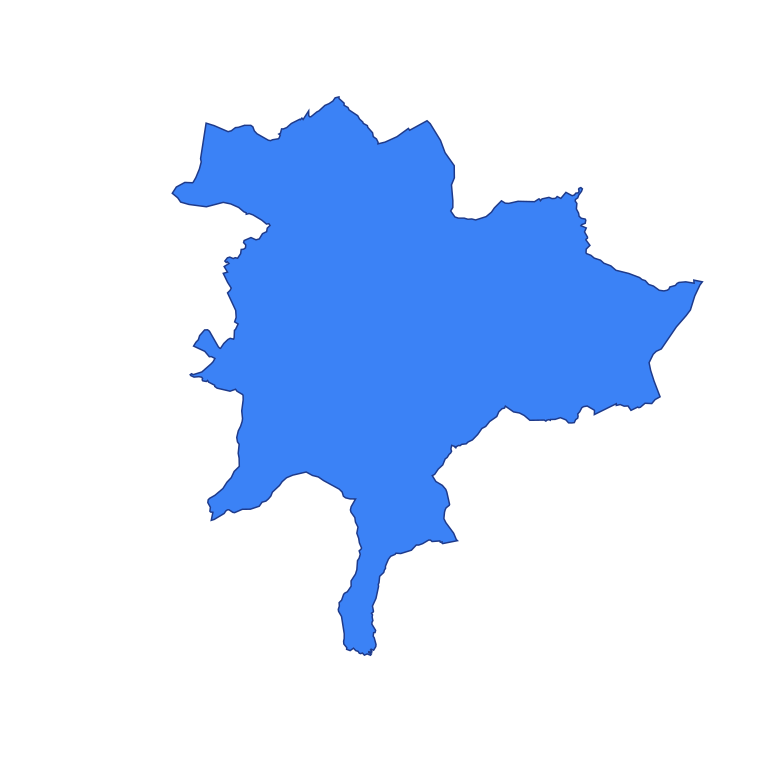 Calugareni, Prahova, Romania, rotated 200°
{"feature_id": "2599482B25191657373311", "entity_name": "Calugareni", "entity_type": "district", "adm_level": 2, "iso_a3": "ROU", "parent_name": "Romania", "parent_adm1": "Prahova", "projection": "albers", "projection_center": [26.374, 45.087], "detail": "fine", "context": "isolated", "style": "filled", "palette": "blue", "viewbox_px": 768, "rotation_deg": 200, "n_neighbors": 0, "source": "geoboundaries", "source_scale": "gbopen_adm2", "svg_char_len": 6159}
<svg xmlns="http://www.w3.org/2000/svg" viewBox="0 0 768 768"><g transform="rotate(200 384 384)"><path d="M119.8,588.9L128.4,587.6L127.1,584.8L135.4,583.2L141.6,580.3L143.0,578.8L143.9,576.3L148.6,572.9L148.7,570.7L149.9,569.0L152.8,567.2L157.4,566.2L164.3,568.2L169.4,568.1L173.8,570.5L177.3,570.4L180.1,571.4L191.7,571.6L205.0,570.2L211.2,572.6L218.7,572.7L222.9,574.4L229.5,574.2L233.6,575.7L238.2,575.8L239.0,576.3L240.1,579.9L237.9,584.7L243.5,588.4L243.7,589.0L242.7,590.6L243.0,591.6L247.6,595.5L247.3,599.8L253.1,600.1L252.7,601.4L249.9,603.8L250.4,606.9L251.4,607.8L255.2,607.2L258.0,608.3L259.6,611.1L263.1,614.3L264.5,619.6L266.9,621.3L267.2,622.9L265.6,625.2L265.6,628.1L264.3,632.6L264.3,635.2L266.2,635.9L267.6,634.6L267.8,633.7L266.6,631.8L266.9,630.0L269.0,629.0L269.8,626.7L271.6,625.3L278.6,626.3L281.3,618.9L285.4,619.4L286.2,617.4L287.2,616.7L289.5,615.7L292.8,615.8L298.8,612.0L299.7,609.7L301.1,611.0L301.9,610.8L304.9,606.8L320.6,601.5L328.5,596.4L331.9,595.4L336.3,596.3L340.5,587.2L341.8,582.2L345.3,576.2L354.0,569.5L358.0,569.1L361.5,567.5L365.3,567.3L370.8,565.3L374.5,565.2L380.5,569.4L379.7,573.4L382.0,579.8L388.7,594.2L388.4,601.8L392.7,613.2L405.8,622.3L414.2,632.2L429.6,644.4L433.6,646.1L446.7,631.2L448.5,632.5L456.4,620.8L465.8,611.6L471.8,607.6L472.2,609.1L474.9,611.7L478.7,612.8L480.7,616.2L487.0,619.6L488.0,621.1L492.6,621.8L493.5,622.9L497.6,624.6L500.4,627.1L510.6,629.6L512.4,631.5L516.8,632.2L517.6,634.3L523.8,636.8L524.5,638.4L527.8,636.2L528.8,632.4L531.6,628.6L534.8,625.6L538.6,618.3L540.1,616.8L544.1,610.1L545.1,609.7L546.5,610.4L548.2,614.9L550.5,604.9L552.1,605.8L553.1,603.7L553.8,603.9L560.2,597.1L563.1,591.7L565.9,589.2L567.5,588.7L567.1,584.2L568.3,582.9L566.6,582.4L566.7,579.3L567.3,578.2L572.3,575.4L573.8,573.9L576.0,573.5L588.9,575.7L592.4,577.5L595.2,580.8L597.6,581.5L603.5,579.4L608.6,575.4L611.3,574.1L614.1,569.7L616.8,567.8L632.0,568.7L640.4,568.3L633.4,532.9L631.7,530.2L631.0,522.9L631.4,513.6L632.3,508.4L632.8,507.6L640.1,505.3L646.5,498.1L648.2,490.8L641.5,488.4L637.3,485.4L628.7,486.0L611.5,489.8L597.2,499.7L589.6,500.8L580.9,500.2L574.6,497.9L572.1,497.8L571.5,496.4L569.0,498.1L564.9,498.1L555.0,496.2L549.1,494.1L547.1,495.3L545.3,494.0L547.0,490.5L546.4,487.0L549.6,483.7L550.8,477.7L553.6,475.7L559.1,476.1L564.5,471.0L564.3,468.8L561.5,467.4L560.7,464.6L562.1,462.6L564.2,461.6L563.3,457.4L564.6,452.1L567.0,451.8L568.6,450.3L572.3,450.5L574.3,449.0L575.6,445.1L573.8,444.2L573.1,445.3L570.9,444.2L574.4,439.7L569.3,435.6L572.9,433.0L565.7,426.0L560.4,421.9L560.6,419.5L562.2,416.1L548.5,402.4L545.7,396.0L545.6,391.3L541.6,390.5L542.2,384.5L542.9,383.3L540.7,376.4L540.7,374.7L544.2,374.3L545.9,372.4L548.4,367.3L549.8,361.6L550.5,361.4L552.3,362.2L566.1,373.9L568.3,374.6L571.1,373.4L573.8,366.4L573.6,362.1L575.0,358.9L575.9,354.5L563.6,353.4L557.5,349.9L555.5,350.7L551.6,350.2L552.2,346.5L553.3,343.9L559.3,333.0L566.4,327.6L568.4,327.8L569.3,326.4L568.4,325.8L564.9,325.5L560.4,327.6L557.7,328.0L556.4,327.2L556.3,325.7L555.4,325.0L551.8,325.6L551.0,327.0L549.5,325.8L542.7,324.9L542.2,323.8L539.4,323.0L526.2,324.6L521.7,328.3L519.6,326.9L513.2,325.7L512.5,325.0L510.9,320.9L508.5,310.1L505.1,303.1L504.5,300.4L504.3,295.2L504.9,290.1L504.1,283.4L501.9,279.5L499.5,277.8L497.3,269.0L494.8,264.8L491.8,257.1L494.9,250.6L495.5,243.8L498.0,238.0L499.6,230.7L504.8,221.6L508.8,216.9L509.6,215.0L509.0,212.3L505.0,208.8L504.1,204.9L503.2,204.4L500.9,204.9L499.7,196.8L497.2,198.7L489.9,207.7L489.2,210.6L488.1,212.2L486.7,212.8L482.2,211.7L480.4,212.0L474.3,217.8L466.7,220.7L459.4,226.5L458.2,231.2L454.9,233.6L453.3,236.5L452.0,240.0L451.9,244.2L447.5,252.9L446.3,257.4L443.5,262.6L438.5,267.2L427.0,274.7L420.0,273.6L413.9,274.2L407.8,272.6L390.1,269.9L386.3,268.1L383.8,264.7L381.2,263.9L376.7,264.4L371.4,266.2L372.9,257.5L372.5,254.2L371.2,252.3L365.7,248.5L363.6,244.5L359.5,240.6L358.5,234.5L355.0,230.3L352.8,226.3L349.0,222.2L349.1,220.9L350.3,218.7L348.1,215.9L347.8,211.8L348.5,209.0L346.0,200.2L345.8,195.6L347.6,187.7L345.7,182.7L347.4,176.2L349.5,173.9L350.0,172.5L349.9,166.4L351.4,163.2L350.0,160.0L349.9,156.6L348.9,154.8L344.4,151.0L335.9,135.6L334.3,131.0L334.0,128.5L332.8,125.9L328.8,123.5L328.4,121.9L324.6,121.9L322.3,125.3L319.4,123.8L316.9,123.9L315.2,122.6L313.8,122.6L312.2,123.8L309.7,122.5L307.5,124.6L303.9,124.5L303.5,126.0L306.5,126.5L306.7,127.2L303.8,127.7L303.9,128.5L305.7,129.6L305.4,130.4L302.7,130.3L301.9,134.4L302.4,136.5L306.4,142.2L307.9,143.3L308.7,146.8L307.4,147.4L307.6,149.6L313.3,154.2L313.8,156.2L313.5,157.8L315.5,161.1L315.8,163.1L317.4,164.3L316.1,166.2L316.2,166.9L318.9,171.4L318.2,179.8L319.9,191.9L320.9,193.9L320.7,195.5L322.3,201.8L319.8,206.8L320.0,209.5L319.5,211.1L320.3,213.2L320.2,216.0L319.9,220.9L318.8,224.4L315.3,227.7L314.9,229.1L310.3,230.4L301.4,237.2L298.6,243.7L296.2,244.6L293.1,247.2L288.6,252.7L286.8,253.2L285.0,252.4L277.9,255.6L277.0,254.6L275.4,255.4L275.1,254.4L274.3,254.1L261.4,261.9L262.9,262.6L267.5,267.6L278.5,274.9L281.7,278.0L283.3,284.3L283.5,286.9L283.3,288.8L281.2,292.3L281.2,293.3L288.0,303.9L289.9,306.1L294.5,308.7L301.9,310.1L307.3,314.4L305.5,316.4L303.9,322.7L301.1,328.1L300.9,334.5L299.5,336.6L298.8,340.1L297.8,341.9L297.5,343.9L298.9,345.8L299.4,349.5L295.7,349.5L295.6,348.8L294.7,348.6L294.6,349.9L293.0,351.7L291.4,352.1L290.3,353.9L286.3,355.9L285.1,358.3L281.8,361.7L278.7,368.6L276.8,375.7L273.9,378.9L271.9,384.9L266.9,392.0L266.6,397.2L264.6,401.2L262.5,402.6L262.4,404.7L252.7,402.1L246.8,403.1L241.5,402.4L234.5,399.8L221.1,404.9L219.2,404.5L218.7,405.6L216.9,406.9L215.3,406.8L215.4,407.6L211.1,409.3L206.7,412.7L200.8,412.5L197.3,410.6L194.3,411.6L192.0,412.8L191.7,416.1L190.3,418.1L190.6,420.1L191.7,422.1L190.6,424.9L190.0,429.4L188.7,431.0L185.5,432.8L177.7,431.4L177.1,431.0L175.9,427.2L159.0,444.9L158.4,443.3L155.0,445.5L150.8,445.3L147.2,446.8L142.9,443.7L137.7,449.1L136.4,448.9L135.1,449.9L132.1,455.2L125.7,457.2L123.9,462.1L120.2,466.4L131.3,479.2L138.1,488.0L142.2,494.7L141.2,504.0L139.4,507.8L135.4,511.8L128.8,537.7L123.5,551.5L121.4,558.4L122.1,573.0L121.0,585.0L119.8,588.9Z" fill="#3b82f6" stroke="#1e3a8a" stroke-width="1.5"/></g></svg>